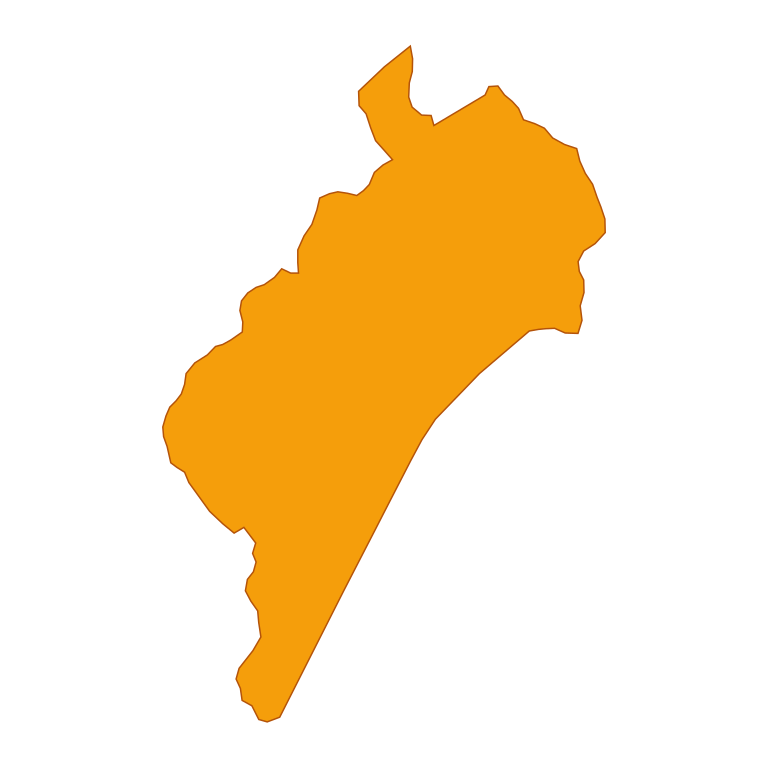 the district of Pedras Grandes, Santa Catarina, Brazil
{"feature_id": "56859067B67009186036385", "entity_name": "Pedras Grandes", "entity_type": "district", "adm_level": 2, "iso_a3": "BRA", "parent_name": "Brazil", "parent_adm1": "Santa Catarina", "projection": "equal_earth", "projection_center": [-49.21, -28.49], "detail": "fine", "context": "isolated", "style": "filled", "palette": "amber", "viewbox_px": 768, "rotation_deg": 0, "n_neighbors": 0, "source": "geoboundaries", "source_scale": "gbopen_adm2", "svg_char_len": 1609}
<svg xmlns="http://www.w3.org/2000/svg" viewBox="0 0 768 768"><path d="M267.2,721.9L279.7,717.2L343.4,591.4L376.7,526.8L383.4,513.7L410.7,460.7L422.0,439.6L435.4,419.2L479.4,373.6L529.3,331.0L538.4,329.4L545.6,328.7L554.6,328.3L565.2,333.0L578.0,333.4L582.0,320.3L580.2,305.8L584.0,292.5L583.7,280.0L579.3,271.4L578.1,261.6L583.7,251.0L595.1,243.6L605.2,232.6L604.9,219.0L600.9,207.0L597.1,197.4L592.6,184.3L585.3,173.4L579.8,161.1L576.7,148.6L564.5,144.5L552.7,138.0L544.4,128.2L535.3,123.9L523.5,119.8L518.5,108.3L512.2,101.4L504.5,95.0L497.9,86.0L488.9,86.6L485.1,95.0L433.9,125.5L431.1,115.5L421.6,115.1L412.1,107.1L408.7,97.1L409.3,82.9L412.3,71.5L412.6,58.8L410.3,46.1L384.4,66.8L358.6,91.3L359.1,105.7L366.1,113.8L370.6,127.6L375.6,140.7L384.2,150.3L392.5,159.7L383.0,165.0L374.4,172.4L369.3,184.5L363.5,190.6L356.8,195.5L347.6,193.3L337.8,191.8L329.5,193.7L319.7,198.0L316.9,210.0L311.9,224.4L304.1,235.8L297.8,249.9L297.8,262.6L298.5,273.1L290.7,273.1L281.7,268.8L274.5,277.4L264.2,284.7L256.1,287.4L247.8,292.9L241.5,300.9L239.9,310.5L242.8,322.0L242.3,332.0L230.5,340.2L222.7,344.5L215.5,346.5L207.4,354.9L194.8,362.9L186.1,373.6L184.6,384.4L181.3,394.0L176.1,400.8L169.8,407.1L166.0,415.9L162.8,427.0L163.6,436.6L167.1,446.4L170.8,462.8L177.1,467.5L184.6,472.2L188.9,482.6L209.7,511.4L222.7,523.7L234.1,533.1L243.9,527.4L255.7,543.0L252.6,553.4L256.1,562.0L253.4,571.8L247.4,579.4L245.4,590.8L250.9,601.2L257.7,610.9L258.7,622.3L260.9,637.0L252.9,650.7L239.1,668.3L236.1,679.0L240.4,688.4L242.1,700.4L251.9,705.8L258.8,719.5L267.2,721.9Z" fill="#f59e0b" stroke="#b45309" stroke-width="1.5"/></svg>